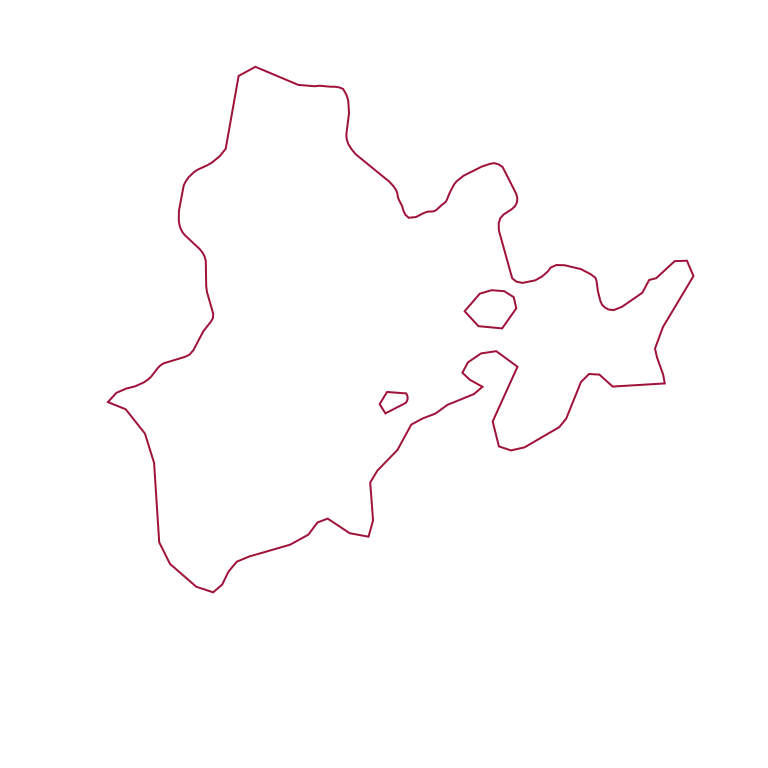 the Province of Tavush, rotated 112°
{"feature_id": "ARM-1670", "entity_name": "Tavush", "entity_type": "Province", "adm_level": 1, "iso_a3": "ARM", "parent_name": "Armenia", "parent_adm1": "", "projection": "equal_earth", "projection_center": [45.046, 40.964], "detail": "fine", "context": "isolated", "style": "outline", "palette": "rose", "viewbox_px": 768, "rotation_deg": 112, "n_neighbors": 0, "source": "natural_earth", "source_scale": "10m", "svg_char_len": 2424}
<svg xmlns="http://www.w3.org/2000/svg" viewBox="0 0 768 768"><g transform="rotate(112 384 384)"><path d="M226.6,146.7L249.6,146.0L257.0,140.9L270.7,128.7L278.3,123.9L300.7,171.0L294.6,187.8L297.9,197.6L308.3,202.1L348.0,202.1L358.4,205.4L390.2,230.1L398.0,241.4L398.8,254.1L378.0,269.2L318.0,266.7L311.5,292.2L319.3,305.5L332.5,314.3L344.2,315.5L347.9,306.1L349.7,291.6L359.7,296.9L379.6,317.4L392.0,325.1L401.4,335.2L411.4,343.5L440.1,346.8L466.7,357.7L480.5,359.9L508.8,345.9L514.7,343.0L531.4,341.2L535.2,360.0L529.9,385.8L537.4,393.9L545.9,396.1L552.0,397.7L568.1,410.8L594.2,444.1L603.8,453.9L616.2,457.9L630.6,458.9L641.2,464.4L642.3,482.1L631.0,515.0L615.0,533.1L567.9,555.8L543.3,567.6L519.5,587.1L504.2,614.0L504.2,633.2L492.4,628.8L484.8,621.3L479.3,613.8L472.4,607.2L468.4,604.6L464.6,602.7L453.9,599.7L450.5,598.3L447.2,595.9L433.2,578.5L429.6,575.3L424.0,573.4L402.9,571.3L390.8,567.8L387.0,567.3L382.8,568.7L365.0,582.6L359.9,585.5L336.5,595.4L333.2,597.9L330.3,601.2L328.0,605.3L320.7,624.2L318.6,627.9L316.0,630.9L312.9,633.4L309.3,635.5L300.3,639.0L274.8,644.1L270.2,643.7L265.5,642.6L258.6,639.5L255.0,637.0L247.4,629.8L243.2,626.5L234.2,621.6L225.2,618.9L152.8,634.2L138.1,622.1L138.8,575.6L134.0,560.1L131.6,555.5L128.4,545.0L126.6,540.3L125.7,536.3L125.8,532.4L130.0,527.1L134.5,523.4L145.9,517.9L166.7,512.4L171.0,510.3L174.8,507.1L178.2,502.5L181.6,496.3L194.4,454.9L197.0,449.4L199.7,445.3L202.6,442.8L205.3,441.3L207.3,439.6L212.3,433.8L216.1,430.8L219.2,427.4L220.6,423.4L217.3,417.0L210.3,410.9L208.0,408.4L205.3,402.6L203.3,400.8L196.1,397.4L194.3,396.2L192.2,395.1L190.1,394.7L181.7,394.7L172.8,393.8L168.8,392.6L161.0,388.2L145.8,374.8L140.1,368.1L137.9,364.4L137.4,360.1L138.4,355.3L158.2,332.6L162.0,329.9L165.9,328.8L170.1,329.1L174.2,331.1L182.0,336.6L186.8,338.3L192.1,337.8L198.6,335.0L237.9,304.8L239.5,299.7L238.4,293.5L231.3,282.7L225.1,277.7L218.6,274.4L213.6,273.1L209.1,268.7L206.2,260.9L203.7,244.3L204.8,233.4L206.3,227.8L208.9,225.5L217.6,220.6L226.1,214.4L228.9,211.4L230.4,207.6L230.8,203.6L229.5,198.8L223.3,192.3L202.7,178.7L188.2,177.1L184.0,171.3L161.2,160.5L156.2,149.3L168.0,137.5L226.6,146.7ZM286.3,336.5L295.0,318.1L288.2,295.3L264.3,289.7L254.9,296.2L252.9,307.3L256.7,319.3L264.3,329.0L286.3,336.5ZM404.3,380.5L410.7,371.7L393.3,356.7L390.8,356.3L388.4,356.7L386.3,357.8L384.4,359.9L390.3,378.2L404.3,380.5Z" fill="none" stroke="#9f1239" stroke-width="2"/></g></svg>